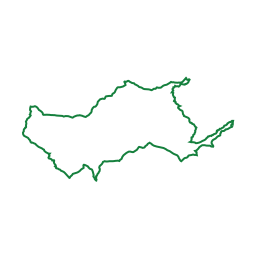 Suratá, Santander, Colombia (Natural Earth projection), rotated 283°
{"feature_id": "7082276B18867308996303", "entity_name": "Suratá", "entity_type": "district", "adm_level": 2, "iso_a3": "COL", "parent_name": "Colombia", "parent_adm1": "Santander", "projection": "natural_earth1", "projection_center": [-72.981, 7.457], "detail": "fine", "context": "isolated", "style": "outline", "palette": "green", "viewbox_px": 256, "rotation_deg": 283, "n_neighbors": 0, "source": "geoboundaries", "source_scale": "gbopen_adm2", "svg_char_len": 5878}
<svg xmlns="http://www.w3.org/2000/svg" viewBox="0 0 256 256"><g transform="rotate(283 128 128)"><path d="M188.5,177.0L189.0,177.1L189.2,176.7L189.1,176.3L188.4,175.8L188.3,175.0L188.6,174.0L189.5,173.7L189.8,173.3L185.1,170.7L184.1,169.1L183.8,168.3L183.8,167.5L183.3,166.3L182.8,163.5L182.8,161.8L182.4,160.7L182.6,159.6L182.4,159.3L181.7,158.9L178.9,156.0L177.9,153.9L177.1,152.8L174.7,150.9L174.1,149.0L174.0,147.9L174.1,147.1L173.9,146.8L172.7,146.3L172.3,145.8L172.1,144.5L170.2,142.6L170.1,142.1L170.3,141.2L170.3,139.5L169.6,135.1L169.7,134.1L170.4,132.2L170.5,130.8L170.4,130.2L170.5,129.5L171.2,128.5L171.9,126.2L172.0,125.3L172.3,124.6L172.9,123.9L172.8,121.7L173.6,118.9L174.0,118.2L174.0,117.6L173.8,117.2L172.6,115.9L172.5,114.3L172.1,114.1L170.6,115.3L169.3,115.9L167.3,113.8L165.9,111.1L165.5,109.4L165.2,108.7L164.7,108.4L162.3,107.5L160.0,107.1L159.0,106.5L157.9,105.3L155.7,104.9L155.2,103.4L154.9,102.1L153.9,99.5L153.0,99.0L151.9,98.9L151.2,98.6L151.0,98.2L150.9,96.6L149.7,94.4L146.8,92.7L144.2,92.7L142.2,91.9L141.5,91.4L141.0,90.1L139.4,89.1L137.4,88.6L135.9,88.8L134.7,88.6L133.8,87.9L132.0,87.0L131.5,86.6L130.6,85.5L129.4,84.5L129.2,84.1L129.3,82.2L129.6,80.7L129.6,78.0L129.2,77.4L129.0,76.4L128.5,75.2L127.0,73.0L125.8,71.9L125.6,71.5L126.1,67.2L125.6,64.5L124.7,62.8L125.0,61.3L124.1,55.8L124.0,53.6L123.3,50.0L123.1,48.0L122.5,45.3L121.8,42.6L122.2,42.0L123.2,41.6L124.0,40.8L125.0,38.9L125.6,37.1L127.0,35.7L128.0,34.1L128.3,32.4L127.5,31.1L127.0,29.5L127.0,28.3L125.7,28.2L123.5,28.5L122.4,29.8L121.2,29.5L119.8,29.6L119.0,29.3L118.4,30.3L117.3,30.0L116.4,29.4L116.0,29.4L114.2,27.8L112.9,27.6L111.3,27.1L109.7,27.9L108.7,28.0L107.9,27.9L106.8,28.3L106.1,28.4L105.7,28.3L105.2,27.7L104.9,27.7L104.9,27.9L103.3,26.9L102.5,26.9L101.4,27.2L99.9,26.7L98.4,27.2L97.6,27.9L97.2,28.2L96.9,28.9L96.0,32.4L95.7,33.1L94.7,34.1L94.3,35.0L93.9,35.2L93.4,35.7L92.7,36.0L92.1,36.9L92.3,37.0L92.2,38.4L91.8,40.4L91.7,41.3L90.8,42.5L89.5,45.1L88.8,48.7L88.3,49.7L88.0,51.0L87.2,51.4L86.8,51.8L85.9,53.5L85.2,56.3L85.3,57.0L85.4,57.5L84.2,57.0L83.2,57.8L82.6,57.4L81.1,57.2L80.5,58.0L80.6,59.3L80.2,60.6L79.6,61.4L79.3,61.5L79.3,61.8L79.9,62.9L79.9,63.2L79.6,63.4L77.6,63.6L76.6,64.4L75.7,65.7L74.8,66.2L74.5,65.7L74.2,65.5L73.6,66.7L72.8,66.9L72.6,67.3L72.7,68.7L72.2,69.9L72.2,70.8L71.9,71.5L71.3,72.3L71.1,73.8L70.7,75.4L69.9,76.8L66.2,82.1L66.5,82.5L67.8,82.8L69.2,83.9L70.9,84.6L73.1,88.4L73.9,89.4L75.2,90.6L77.2,91.8L79.1,93.7L80.1,93.5L81.2,93.0L81.8,93.0L82.2,93.2L82.3,94.0L82.1,95.3L81.6,97.4L81.3,97.9L80.7,98.3L80.6,98.7L80.0,99.4L79.7,100.0L79.5,101.9L79.2,102.4L77.6,103.5L74.5,105.1L72.9,105.2L72.0,106.4L70.8,107.1L70.8,107.3L70.9,107.6L70.8,107.9L70.1,108.0L69.8,108.3L69.7,108.9L70.8,108.9L71.6,108.2L73.1,108.1L73.7,107.7L74.6,108.4L76.5,108.7L77.3,109.3L78.2,109.4L79.6,110.0L81.7,109.8L82.8,108.9L84.3,108.9L86.9,110.6L87.9,111.0L89.4,111.3L89.7,111.9L90.4,112.7L90.4,114.1L90.8,115.7L91.4,117.2L92.5,121.6L93.0,122.7L93.9,125.5L93.9,127.0L94.8,127.2L96.5,128.7L98.6,129.0L100.5,129.8L103.4,132.1L105.1,134.0L105.5,135.3L105.5,137.2L105.6,138.3L105.8,138.7L108.8,141.6L111.8,142.8L112.1,143.1L112.1,145.6L111.9,146.6L112.5,148.1L113.0,148.6L114.1,148.9L115.8,150.4L117.0,150.8L118.5,152.4L118.3,152.7L118.1,153.7L117.7,154.7L117.2,155.3L116.6,157.2L116.4,160.0L116.5,167.2L115.9,169.6L115.2,171.3L114.8,173.9L113.4,177.4L113.0,178.8L112.6,181.3L112.4,182.2L111.3,183.6L110.3,184.2L108.4,186.0L107.7,187.0L107.6,187.4L111.0,189.6L111.7,190.4L112.1,191.5L112.9,192.5L114.7,193.2L115.0,193.6L116.0,196.0L116.8,197.4L116.7,198.8L117.0,200.0L117.0,201.2L118.3,200.6L119.8,200.3L120.3,199.1L120.8,198.5L121.3,199.6L123.9,201.3L125.2,201.7L127.6,203.8L128.0,204.4L128.5,206.5L128.5,208.4L129.2,211.9L128.7,213.3L128.9,215.1L129.4,215.2L129.8,215.0L131.4,213.3L132.0,212.9L132.6,212.7L133.6,212.7L135.0,213.2L135.6,213.6L137.4,215.7L139.9,217.2L140.2,217.7L140.6,218.0L141.0,218.9L141.6,219.5L143.5,219.2L144.2,219.6L145.5,219.6L145.9,219.8L146.6,221.8L147.0,222.5L148.6,223.5L148.8,224.2L149.6,225.6L151.6,227.6L152.0,228.1L152.3,228.9L152.7,229.1L152.9,228.6L153.5,228.3L153.7,228.0L154.2,228.1L154.4,228.0L154.9,228.2L154.8,228.9L154.9,229.3L155.6,229.0L156.4,229.1L156.9,228.8L158.6,228.8L158.4,227.8L157.7,227.2L157.0,226.9L156.5,225.4L155.6,224.8L155.1,224.1L154.7,223.8L153.9,223.8L153.6,223.4L152.8,222.9L151.9,221.3L150.1,220.9L149.3,219.7L148.3,218.9L147.9,218.1L147.8,217.5L146.7,217.2L146.1,215.9L145.4,215.2L144.8,215.2L144.6,215.7L142.5,215.0L141.1,212.8L140.5,212.6L140.0,211.5L139.0,211.1L139.0,210.0L138.5,209.2L138.1,208.9L138.0,208.4L137.6,208.1L137.5,207.7L136.7,207.6L135.7,206.7L134.3,206.1L133.0,204.7L132.2,203.5L130.6,201.8L129.6,200.3L128.7,198.4L128.5,197.4L128.9,196.5L128.9,196.1L128.8,194.6L128.4,192.8L128.4,191.7L129.0,192.4L129.9,192.5L131.9,192.5L132.4,192.1L133.1,192.0L134.1,193.2L135.0,193.3L135.8,193.1L137.1,194.1L138.2,194.1L139.0,194.4L139.6,194.4L140.3,194.0L142.0,194.4L143.1,194.1L143.7,194.6L143.8,194.6L144.6,193.0L146.3,191.4L146.5,189.6L147.0,189.3L147.3,188.6L147.3,188.2L147.1,187.7L147.4,187.1L148.7,186.1L150.0,186.0L150.4,185.8L151.3,184.7L151.6,183.7L152.3,179.8L152.8,179.7L153.9,178.5L156.5,177.4L157.1,176.5L157.3,174.9L158.8,172.4L159.3,172.2L160.0,172.3L161.1,173.7L161.3,172.4L161.7,172.0L162.3,171.0L162.3,169.9L162.9,169.4L163.2,168.6L164.2,168.4L164.4,167.1L164.8,166.0L165.0,167.4L165.2,167.5L165.9,167.2L166.9,167.1L167.2,166.9L168.2,166.9L168.3,166.7L168.5,165.7L170.4,164.3L171.1,164.2L172.4,164.2L172.8,163.3L172.6,162.7L173.5,163.0L174.5,163.7L175.4,162.9L175.9,162.6L176.7,163.3L177.2,163.3L177.8,163.0L178.5,164.2L179.7,164.4L179.4,165.5L179.9,167.2L179.7,168.0L180.0,168.4L180.7,168.8L182.0,169.3L182.8,169.2L182.9,170.0L182.9,173.1L183.1,173.7L183.8,173.9L184.1,175.0L185.6,176.2L186.3,176.5L187.5,176.6L188.5,177.0Z" fill="none" stroke="#15803d" stroke-width="2"/></g></svg>